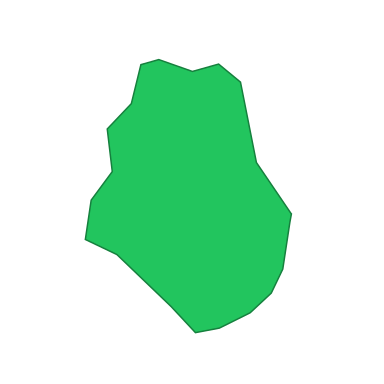 SVG path tracing the border of Luton, rotated 227°
{"feature_id": "GBR-2752", "entity_name": "Luton", "entity_type": "Unitary Authority", "adm_level": 1, "iso_a3": "GBR", "parent_name": "United Kingdom", "parent_adm1": "", "projection": "robinson", "projection_center": [-0.408, 51.873], "detail": "fine", "context": "isolated", "style": "filled", "palette": "green", "viewbox_px": 384, "rotation_deg": 227, "n_neighbors": 0, "source": "natural_earth", "source_scale": "10m", "svg_char_len": 425}
<svg xmlns="http://www.w3.org/2000/svg" viewBox="0 0 384 384"><g transform="rotate(227 192 192)"><path d="M230.0,81.6L254.8,112.7L261.3,147.6L295.9,173.0L298.0,207.9L320.0,241.5L311.5,258.0L279.9,274.5L267.4,298.7L239.3,302.4L169.6,259.2L108.9,249.8L108.2,249.8L103.0,242.8L73.7,205.8L64.0,181.0L64.0,152.2L73.8,119.2L86.8,98.6L122.6,98.6L197.5,94.4L230.0,81.6Z" fill="#22c55e" stroke="#15803d" stroke-width="1.5"/></g></svg>